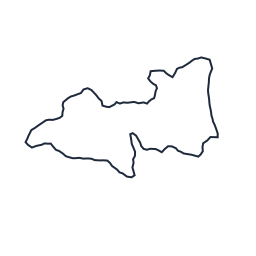 Caparaó, Minas Gerais, Brazil, rotated 339°
{"feature_id": "56859067B87731817082401", "entity_name": "Caparaó", "entity_type": "district", "adm_level": 2, "iso_a3": "BRA", "parent_name": "Brazil", "parent_adm1": "Minas Gerais", "projection": "robinson", "projection_center": [-41.952, -20.531], "detail": "fine", "context": "isolated", "style": "outline", "palette": "slate", "viewbox_px": 256, "rotation_deg": 339, "n_neighbors": 0, "source": "geoboundaries", "source_scale": "gbopen_adm2", "svg_char_len": 2100}
<svg xmlns="http://www.w3.org/2000/svg" viewBox="0 0 256 256"><g transform="rotate(339 128 128)"><path d="M126.5,99.7L123.8,101.2L120.8,101.5L118.1,101.8L115.5,100.5L112.2,97.9L113.0,93.3L111.3,90.0L110.1,85.9L108.6,82.2L107.4,79.4L104.6,76.4L100.3,76.1L96.5,78.5L92.7,78.4L89.0,78.4L86.2,78.1L83.0,78.6L79.7,79.7L76.8,80.7L75.1,83.4L74.7,87.0L72.6,89.7L71.0,93.1L68.0,94.0L64.2,93.9L60.4,93.4L57.4,92.0L54.1,91.4L50.0,92.4L45.9,93.3L41.0,94.6L37.0,95.3L34.4,97.7L32.2,99.7L30.1,102.0L27.3,104.5L28.6,107.9L31.3,111.8L36.4,111.9L41.0,112.7L44.6,112.5L47.5,113.9L50.3,114.9L51.6,119.1L53.0,122.7L55.4,124.7L57.9,128.3L59.9,132.1L62.7,134.3L65.4,136.3L67.9,137.3L71.6,138.3L75.4,140.6L79.8,142.1L82.7,143.5L85.5,146.1L89.5,147.9L94.0,149.6L97.0,151.0L98.6,154.0L99.5,157.8L101.2,160.3L102.9,162.9L104.2,166.4L106.7,168.4L109.6,173.0L113.7,175.3L117.2,174.5L117.6,171.0L118.0,166.4L120.7,162.6L121.5,159.1L124.5,156.5L126.1,152.7L126.0,148.0L125.8,144.4L126.9,139.6L127.9,134.6L130.5,134.5L132.8,138.0L133.6,143.0L134.1,146.1L133.9,149.6L135.1,153.1L137.9,155.1L141.1,155.3L143.6,156.4L146.2,157.5L148.2,159.5L150.8,162.7L155.0,160.7L158.9,159.4L162.4,160.9L165.5,164.1L166.5,167.1L168.9,169.2L170.8,171.7L173.7,173.4L177.2,175.4L180.3,177.6L183.3,179.9L186.3,178.8L189.5,176.5L190.7,172.5L192.7,169.2L197.7,168.0L201.7,166.0L204.9,167.3L208.4,168.8L209.8,165.1L210.0,159.8L210.0,155.8L209.7,152.7L210.2,149.6L210.4,146.1L211.2,143.1L211.8,140.0L212.3,136.5L213.1,133.3L214.0,130.4L214.8,127.0L215.5,123.7L216.5,120.8L218.1,117.7L219.9,114.2L221.4,110.7L223.3,107.7L225.5,105.2L227.9,102.7L228.3,98.5L228.7,93.5L225.3,90.9L221.7,88.4L218.1,88.2L214.8,87.4L211.4,88.2L208.5,89.1L204.0,90.0L200.3,90.7L197.7,90.1L194.9,90.4L191.7,93.5L187.8,96.5L185.2,93.4L183.4,90.7L181.9,87.4L178.2,85.7L173.5,84.2L169.5,83.1L167.3,86.6L164.6,88.9L165.7,92.7L167.3,95.7L169.4,98.2L169.3,101.2L167.0,103.5L165.1,106.7L163.1,109.5L160.1,109.7L157.3,110.6L154.5,112.0L151.7,109.7L146.7,108.7L143.0,105.8L139.6,105.0L136.4,104.2L133.0,102.5L129.2,102.3L126.5,99.7Z" fill="none" stroke="#1e293b" stroke-width="2"/></g></svg>